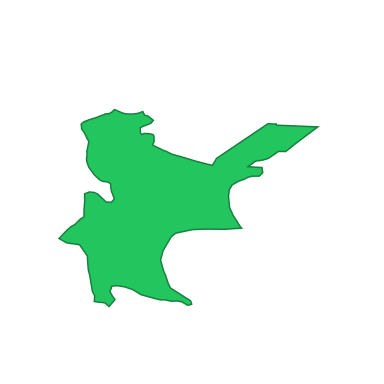 Kafr Al-Dawwar, Al Buhayrah, Egypt (Natural Earth projection), rotated 69°
{"feature_id": "37247803B70717043240627", "entity_name": "Kafr Al-Dawwar", "entity_type": "district", "adm_level": 2, "iso_a3": "EGY", "parent_name": "Egypt", "parent_adm1": "Al Buhayrah", "projection": "natural_earth1", "projection_center": [30.128, 31.137], "detail": "fine", "context": "isolated", "style": "filled", "palette": "green", "viewbox_px": 384, "rotation_deg": 69, "n_neighbors": 0, "source": "geoboundaries", "source_scale": "gbopen_adm2", "svg_char_len": 2980}
<svg xmlns="http://www.w3.org/2000/svg" viewBox="0 0 384 384"><g transform="rotate(69 192 192)"><path d="M186.2,85.0L186.2,84.9L184.3,79.3L182.8,74.0L176.3,51.2L175.3,53.5L159.8,89.4L158.7,89.0L155.5,96.7L169.4,157.0L173.8,162.6L174.5,163.5L172.4,166.4L169.8,170.2L167.2,173.8L164.0,178.2L161.9,180.9L160.4,182.8L159.2,184.4L158.5,185.3L157.5,186.5L155.4,189.3L149.6,197.1L148.3,198.4L147.5,199.1L147.3,199.2L147.2,199.3L144.7,201.6L143.6,203.0L142.1,204.5L139.7,206.7L137.9,208.4L136.2,210.1L135.3,210.9L134.1,212.0L131.8,209.7L130.9,209.1L126.1,207.5L124.5,207.8L122.1,211.1L121.3,213.2L120.1,215.8L120.5,218.1L118.5,219.0L113.4,217.3L113.3,216.2L113.2,214.3L113.2,209.5L113.1,205.7L111.9,203.6L111.2,202.4L109.2,203.6L105.5,205.7L103.3,208.7L99.3,209.1L99.2,214.5L98.9,215.5L97.9,219.7L96.5,223.1L96.3,223.9L95.3,225.6L94.7,226.6L93.2,228.8L91.5,230.4L89.8,232.2L87.4,234.5L87.5,235.6L88.7,238.2L89.1,241.3L88.0,245.3L88.3,246.3L88.1,249.5L88.2,252.5L88.2,254.3L88.1,256.5L88.0,257.8L87.8,260.6L87.7,262.5L87.7,264.4L87.7,266.9L87.8,268.4L88.3,269.5L89.1,271.2L92.9,272.2L93.7,272.5L95.7,271.8L99.5,271.1L100.5,271.0L104.6,270.8L107.8,270.2L112.0,272.8L116.5,275.7L119.6,276.6L123.0,278.5L126.0,279.4L126.8,279.3L130.3,279.5L132.4,279.4L137.4,278.0L140.7,277.1L145.1,275.1L147.2,274.1L150.1,271.6L152.5,266.9L155.0,265.2L158.4,266.0L161.8,266.9L170.7,267.0L170.9,267.3L171.0,267.6L172.6,270.9L171.0,274.9L170.7,275.7L160.2,280.7L157.5,283.3L155.2,287.7L155.2,292.9L159.2,294.4L162.5,295.6L166.1,297.4L170.9,299.6L172.1,300.0L176.6,301.8L177.2,305.9L179.3,310.6L180.2,312.4L180.4,313.4L181.0,317.5L182.9,322.5L183.5,323.8L187.8,332.8L194.6,327.2L200.9,315.9L213.4,312.8L214.4,312.6L218.3,314.0L220.4,314.6L227.5,316.7L233.3,317.4L242.6,319.3L249.0,320.6L254.0,320.1L258.2,321.9L259.1,322.5L260.0,321.1L261.7,318.1L262.1,317.2L264.2,313.1L269.2,310.5L264.9,302.5L260.6,303.6L255.3,304.3L254.5,303.4L253.3,302.1L251.2,300.8L252.2,297.0L252.5,295.6L254.3,292.6L255.5,290.5L256.7,288.5L259.2,285.6L261.4,282.7L263.8,280.8L268.6,277.2L269.5,276.5L273.5,271.1L275.1,269.0L276.0,267.7L278.4,264.5L279.1,263.5L281.6,259.8L282.8,256.1L286.3,250.9L288.6,244.5L289.7,242.7L291.0,240.8L296.1,236.7L296.6,234.5L296.6,232.5L293.1,232.3L291.6,233.4L289.5,235.0L287.9,236.2L286.0,237.6L282.6,240.1L273.9,246.5L271.7,246.7L270.5,246.8L269.3,247.0L260.9,246.6L254.8,246.8L250.3,246.3L244.2,245.7L240.1,242.7L236.4,240.0L232.4,235.1L229.4,231.3L227.3,228.6L226.4,227.5L225.0,223.3L224.6,222.0L227.1,206.1L227.3,205.0L231.6,192.3L237.1,178.4L238.4,175.2L243.5,158.7L241.9,159.3L228.2,162.0L220.2,162.5L216.1,161.4L212.5,160.4L209.1,159.5L207.1,158.4L203.3,156.4L199.8,152.0L199.1,147.6L198.6,144.0L198.8,139.1L198.3,134.0L198.9,129.9L201.3,123.4L200.2,121.0L199.2,119.0L194.2,117.9L191.2,124.7L189.9,127.5L188.4,130.7L186.1,121.9L185.9,120.9L186.7,118.8L187.6,114.2L188.0,108.9L186.6,102.9L185.2,97.0L185.5,95.7L187.8,90.0L186.2,85.0Z" fill="#22c55e" stroke="#15803d" stroke-width="1.5"/></g></svg>